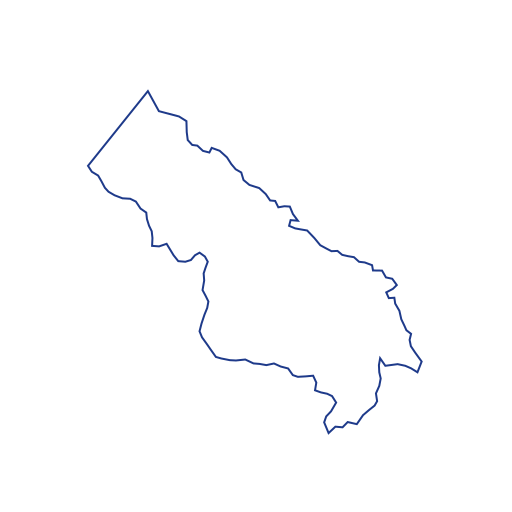 the district of Dona Inês, Paraíba, Brazil, rotated 66°
{"feature_id": "56859067B91614548021503", "entity_name": "Dona Inês", "entity_type": "district", "adm_level": 2, "iso_a3": "BRA", "parent_name": "Brazil", "parent_adm1": "Paraíba", "projection": "orthographic", "projection_center": [-35.636, -6.608], "detail": "fine", "context": "isolated", "style": "outline", "palette": "blue", "viewbox_px": 512, "rotation_deg": 66, "n_neighbors": 0, "source": "geoboundaries", "source_scale": "gbopen_adm2", "svg_char_len": 1926}
<svg xmlns="http://www.w3.org/2000/svg" viewBox="0 0 512 512"><g transform="rotate(66 256 256)"><path d="M114.7,268.9L104.5,264.7L97.2,269.6L84.2,285.8L61.4,287.7L105.3,372.8L112.3,371.7L118.3,367.5L124.9,366.8L132.2,366.3L137.3,364.6L143.0,360.5L149.0,354.5L152.5,347.7L157.4,343.6L165.7,342.2L171.7,338.6L177.9,340.6L184.8,341.4L191.0,341.2L197.5,343.3L204.5,346.8L207.8,340.6L208.5,332.7L221.8,331.0L229.1,329.1L232.5,322.9L233.2,317.1L230.5,311.4L230.0,306.2L235.7,302.9L241.6,302.4L246.0,306.7L250.6,310.9L257.3,313.3L265.4,318.7L272.5,318.2L278.2,318.0L283.6,321.7L288.6,326.9L295.5,333.2L301.8,338.2L308.3,338.4L317.5,336.5L322.4,335.6L331.9,333.7L335.5,329.4L340.5,322.3L343.3,316.8L346.2,307.9L353.1,302.0L356.0,296.7L359.9,290.9L361.5,283.3L367.0,278.4L371.8,272.4L379.8,270.8L383.4,266.9L386.2,259.5L388.6,252.5L396.2,252.4L402.7,256.7L407.0,252.2L410.8,247.0L414.9,243.5L422.5,242.4L428.4,250.6L431.1,257.1L435.7,261.4L447.3,261.7L444.2,252.9L447.7,246.6L445.0,239.8L450.6,232.3L444.9,222.9L442.5,214.7L440.9,208.5L437.9,204.4L430.3,202.3L424.8,196.2L418.6,191.9L412.4,190.7L405.7,188.1L399.9,184.2L408.9,182.5L412.4,170.6L417.0,164.3L421.7,160.0L427.9,155.8L419.8,147.6L408.9,149.9L401.4,151.2L395.1,149.8L390.2,146.0L385.0,148.8L379.9,148.8L372.9,149.0L364.4,147.3L356.1,148.2L350.4,146.6L348.5,151.8L342.2,151.8L341.7,144.3L339.8,139.2L332.2,140.8L328.4,146.0L320.6,146.8L316.8,155.0L311.6,153.7L306.1,159.3L303.2,164.2L296.9,167.0L293.6,172.0L290.0,176.8L284.5,179.5L282.3,185.1L277.9,188.6L272.3,192.9L263.3,195.4L253.5,198.9L249.7,204.6L246.7,209.0L241.9,213.5L237.3,209.8L240.8,203.4L232.7,205.2L224.6,205.0L222.1,209.8L220.6,215.8L213.5,216.1L211.0,220.5L203.4,221.9L195.3,225.4L188.4,233.1L181.5,236.5L173.7,235.5L168.5,239.3L161.9,241.2L154.1,242.4L145.1,246.4L139.2,252.5L142.5,256.5L138.4,261.7L131.3,264.7L128.6,269.1L122.3,271.2L114.7,268.9Z" fill="none" stroke="#1e3a8a" stroke-width="2"/></g></svg>